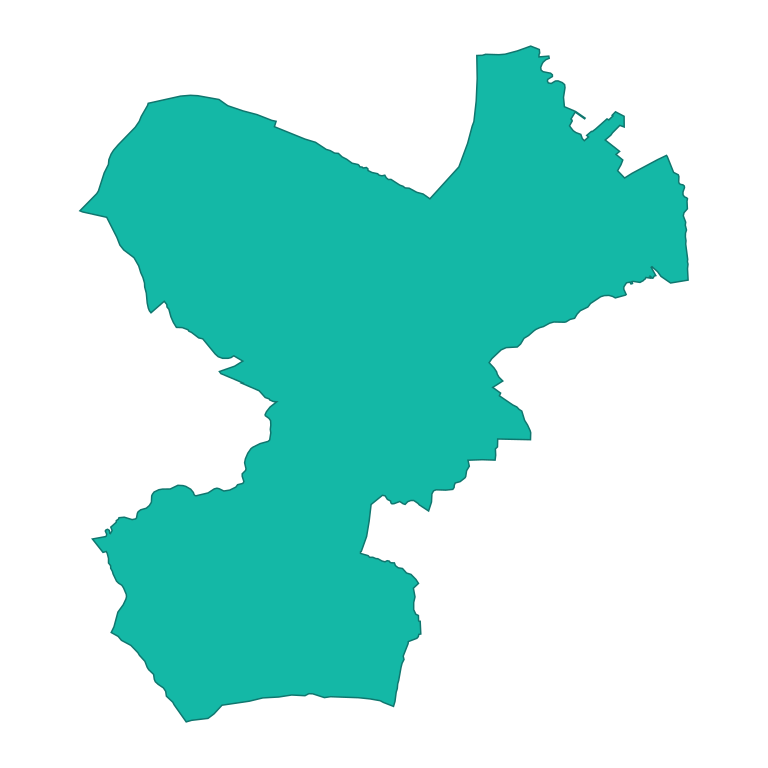 outline of Gherla, Cluj, Romania
{"feature_id": "2599482B28872451639658", "entity_name": "Gherla", "entity_type": "district", "adm_level": 2, "iso_a3": "ROU", "parent_name": "Romania", "parent_adm1": "Cluj", "projection": "robinson", "projection_center": [23.886, 47.009], "detail": "fine", "context": "isolated", "style": "filled", "palette": "teal", "viewbox_px": 768, "rotation_deg": 0, "n_neighbors": 0, "source": "geoboundaries", "source_scale": "gbopen_adm2", "svg_char_len": 6090}
<svg xmlns="http://www.w3.org/2000/svg" viewBox="0 0 768 768"><path d="M393.5,706.4L395.0,701.4L396.2,692.1L397.3,688.6L397.7,683.9L398.7,680.4L401.0,667.5L402.1,663.2L404.0,659.5L403.2,656.1L408.1,643.7L408.3,641.6L416.9,638.3L418.3,636.7L418.8,634.4L420.8,634.0L420.2,621.3L419.1,621.3L418.6,620.5L418.4,615.5L415.8,614.2L413.7,609.7L413.7,602.5L415.0,596.9L413.4,588.2L418.5,583.4L415.9,579.4L411.0,574.4L406.5,573.0L402.5,568.5L398.2,567.8L395.4,565.6L394.4,562.9L391.3,562.8L390.2,562.4L389.2,561.1L387.2,560.7L385.0,561.8L382.0,561.0L377.8,558.7L375.9,558.6L372.9,557.3L369.6,557.3L368.2,555.7L360.5,553.4L360.5,551.8L361.3,551.4L366.6,536.5L369.1,521.5L371.1,504.5L382.4,495.3L385.1,495.8L387.4,499.4L390.5,501.0L391.0,503.0L391.9,503.8L394.0,503.7L399.8,501.5L403.0,503.7L405.1,504.4L407.7,501.7L410.8,500.5L413.8,500.5L418.0,503.4L419.3,504.9L428.6,511.0L431.5,502.0L431.9,493.9L433.6,490.8L436.1,489.8L445.8,490.1L452.8,489.4L454.1,487.5L454.3,485.3L455.2,483.0L460.2,481.6L465.0,477.8L465.7,476.6L466.6,470.7L469.3,466.2L468.0,460.2L482.2,459.7L495.1,460.1L495.7,455.2L495.4,448.9L497.5,446.9L497.7,439.0L530.5,439.7L530.7,432.7L530.2,430.8L527.6,425.1L524.6,420.3L521.8,411.1L519.0,409.3L516.9,407.0L512.7,404.9L499.4,395.8L500.6,393.1L492.7,387.4L502.8,381.0L499.0,377.2L497.3,374.3L496.6,371.8L494.0,367.9L489.1,362.7L491.9,358.6L501.1,349.9L506.2,347.6L517.3,347.0L520.6,344.0L524.0,338.3L528.6,335.5L533.7,331.0L535.9,329.4L539.8,327.6L543.4,326.6L549.6,323.2L553.8,322.0L564.5,322.2L566.0,321.9L570.1,319.4L574.6,318.3L577.1,314.1L580.3,310.7L587.9,307.0L590.5,303.5L600.7,296.7L604.3,295.6L608.9,295.4L612.6,296.4L615.3,297.9L625.5,295.1L626.2,294.5L623.8,289.3L623.8,288.1L623.9,286.8L626.5,282.8L630.1,282.1L630.7,283.8L631.4,283.9L632.5,283.5L631.9,281.6L633.3,281.4L640.0,282.4L643.5,280.5L644.1,279.6L645.2,279.0L645.9,277.5L650.2,278.1L649.6,277.3L650.1,277.2L650.2,276.3L652.4,278.2L653.0,278.1L654.3,276.0L655.8,275.6L651.2,267.3L652.0,266.7L657.6,271.7L661.0,276.4L670.6,283.0L688.1,280.1L687.5,268.7L688.0,264.1L687.4,261.7L687.7,259.4L685.7,244.0L686.0,240.8L685.4,236.9L685.5,233.1L686.5,230.0L685.3,225.2L685.7,222.2L683.3,215.8L684.0,212.7L687.4,208.8L687.0,201.2L687.5,198.7L686.7,197.8L684.4,196.8L683.0,194.7L683.0,191.9L684.5,187.7L684.3,186.0L682.9,184.8L680.6,184.4L679.3,183.5L678.7,182.0L678.9,176.6L678.3,174.8L673.6,172.4L667.3,156.6L666.5,155.4L657.5,159.7L631.9,173.4L624.6,178.0L617.6,170.7L621.0,164.7L622.8,160.0L616.0,154.4L619.6,151.4L605.2,140.0L610.9,135.1L612.4,132.9L619.8,125.4L624.2,127.0L624.1,116.3L615.5,111.8L612.1,115.3L612.9,116.0L608.8,119.9L607.0,118.9L595.5,129.1L592.3,131.5L591.4,131.4L586.7,135.4L588.5,137.0L584.3,140.7L582.3,138.6L580.8,134.4L576.0,132.6L573.2,130.7L569.5,125.9L572.2,121.0L572.0,120.1L571.0,119.0L575.2,112.1L584.6,118.8L585.1,118.1L575.6,111.5L564.4,106.7L563.5,97.3L565.0,87.7L564.6,84.6L562.3,82.6L558.1,80.9L555.4,81.0L551.2,83.5L548.3,82.9L547.4,81.1L547.7,79.4L552.4,76.5L552.4,74.8L550.6,73.2L543.1,71.7L541.1,70.1L540.7,67.4L542.2,63.7L543.2,62.1L545.9,59.7L549.2,58.3L548.8,56.1L539.0,56.9L539.0,54.6L539.7,53.0L539.3,49.5L530.7,46.1L517.4,50.9L505.1,54.2L498.9,54.7L485.6,54.3L482.4,55.3L476.8,55.5L477.2,78.6L476.2,101.0L473.9,121.6L472.2,126.1L467.6,143.4L458.9,166.9L429.9,198.8L423.1,194.0L416.8,192.3L409.2,188.2L405.1,187.9L403.1,186.3L399.8,185.1L391.0,179.4L388.3,179.5L386.2,177.7L384.8,175.2L381.9,175.8L379.2,175.2L377.6,173.7L372.0,172.5L368.0,170.5L367.9,168.8L366.4,167.5L363.2,168.0L362.2,167.1L359.8,166.8L359.1,165.4L358.0,164.5L352.1,163.2L346.6,159.2L342.1,156.9L338.4,153.4L334.6,153.1L330.2,150.6L326.2,149.4L315.5,142.3L305.0,139.1L274.4,126.7L276.1,121.3L271.8,120.4L257.0,114.6L243.0,110.9L227.7,105.7L219.0,99.5L197.8,95.7L190.3,95.3L180.6,96.1L148.2,103.3L147.6,105.4L141.2,116.5L139.3,121.3L135.2,127.3L118.2,144.8L113.5,150.3L111.1,154.1L108.9,159.6L108.4,164.5L104.2,172.9L98.4,191.0L96.7,193.7L79.9,210.8L82.5,211.9L106.7,217.3L116.9,237.4L119.9,245.1L123.8,250.0L134.0,257.7L138.7,265.9L140.8,272.8L142.9,277.4L144.5,283.0L144.7,287.0L146.3,293.1L147.2,303.0L148.3,308.1L149.4,310.8L151.0,312.8L164.2,301.3L166.8,304.5L167.0,307.0L168.9,309.3L170.9,316.8L173.4,322.5L176.4,327.4L182.3,327.6L187.9,329.7L188.9,331.2L191.5,332.4L198.7,337.9L202.7,338.8L215.2,354.0L218.2,356.7L222.5,358.3L228.2,358.3L231.0,357.6L233.8,355.8L242.8,361.1L234.6,366.2L219.4,371.5L220.9,373.6L238.4,381.0L242.6,382.9L241.7,383.2L259.2,390.8L265.2,397.5L269.2,398.9L269.7,399.9L273.2,401.5L276.7,401.8L270.1,407.0L266.5,411.6L265.1,414.6L265.3,415.7L269.0,418.4L270.6,420.7L270.8,425.2L270.3,429.4L270.8,432.8L269.7,439.9L268.1,441.4L260.1,443.6L252.9,447.2L251.0,448.6L247.8,453.2L245.4,458.8L244.6,462.8L246.0,468.8L245.6,470.4L242.2,473.8L242.2,476.3L243.9,481.6L242.8,483.4L237.6,484.7L235.8,487.1L229.7,490.1L223.8,491.0L219.1,488.7L216.9,488.2L214.2,488.9L208.1,492.9L196.0,495.8L194.9,495.5L194.0,494.5L193.4,492.5L190.7,489.2L185.8,486.4L183.0,485.6L177.9,485.3L170.2,489.0L162.5,489.1L158.9,489.7L154.1,492.0L152.4,494.3L151.7,495.9L151.4,502.2L149.4,505.5L146.3,508.2L140.7,509.8L138.2,511.7L137.4,513.2L136.5,517.9L135.6,518.9L132.1,519.6L124.3,517.2L119.0,517.7L118.3,519.3L116.3,520.6L116.2,522.3L110.8,527.1L112.1,530.5L110.4,533.6L109.8,533.3L109.3,530.4L107.6,529.3L106.1,529.8L105.3,531.0L106.7,534.2L106.3,536.0L105.5,536.6L92.4,539.0L103.0,552.4L106.2,551.5L107.2,553.3L108.5,558.4L108.5,563.0L110.6,565.7L110.7,568.3L112.4,571.4L113.1,574.0L116.5,581.1L118.6,583.2L121.8,585.2L123.6,588.0L126.3,594.4L126.5,596.8L125.9,599.1L123.2,604.8L117.9,612.1L114.0,626.7L111.2,632.5L118.2,636.4L121.4,640.3L130.9,645.4L137.9,652.7L139.5,655.4L144.9,661.3L147.2,667.3L148.7,669.7L153.6,674.4L154.3,679.3L155.3,681.7L158.1,684.3L163.4,687.9L165.7,691.4L166.4,696.2L172.8,702.2L174.2,704.9L186.2,721.9L191.7,720.3L208.0,718.4L214.1,713.8L222.0,705.2L249.3,701.2L262.8,697.9L278.8,697.0L291.7,695.0L305.0,695.7L308.8,693.7L312.7,693.8L324.4,697.6L330.5,696.7L358.5,697.7L370.0,698.9L380.2,700.7L383.3,702.4L393.5,706.4Z" fill="#14b8a6" stroke="#0f766e" stroke-width="1.5"/></svg>